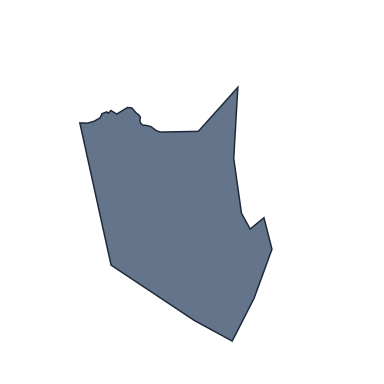 outline of Ravine Poisson, Castries, Saint Lucia, rotated 222°
{"feature_id": "8701671B90050195307789", "entity_name": "Ravine Poisson", "entity_type": "district", "adm_level": 2, "iso_a3": "LCA", "parent_name": "Saint Lucia", "parent_adm1": "Castries", "projection": "mercator", "projection_center": [-60.965, 13.93], "detail": "fine", "context": "isolated", "style": "filled", "palette": "slate", "viewbox_px": 384, "rotation_deg": 222, "n_neighbors": 0, "source": "geoboundaries", "source_scale": "gbopen_adm2", "svg_char_len": 739}
<svg xmlns="http://www.w3.org/2000/svg" viewBox="0 0 384 384"><g transform="rotate(222 192 192)"><path d="M321.6,168.3L203.2,83.5L202.5,83.6L104.0,98.1L62.5,108.1L62.4,108.1L65.6,120.3L74.8,154.7L94.3,203.0L121.3,221.0L124.0,203.4L141.0,209.3L183.5,244.9L228.0,300.5L227.9,273.4L227.9,270.4L227.9,241.3L255.8,215.2L259.7,213.7L263.6,213.4L266.1,213.1L266.3,213.1L271.2,210.5L272.2,209.6L272.9,208.9L275.9,208.7L278.4,210.0L280.0,212.4L280.3,212.9L280.8,213.1L282.8,213.7L286.6,213.4L292.9,214.2L294.7,213.0L296.4,211.7L296.7,210.9L299.8,200.5L300.0,199.6L303.0,199.0L306.8,198.3L306.8,194.5L309.0,194.5L311.3,189.9L309.9,185.7L312.2,178.8L313.0,177.6L315.8,173.2L321.6,168.3Z" fill="#64748b" stroke="#1e293b" stroke-width="1.5"/></g></svg>